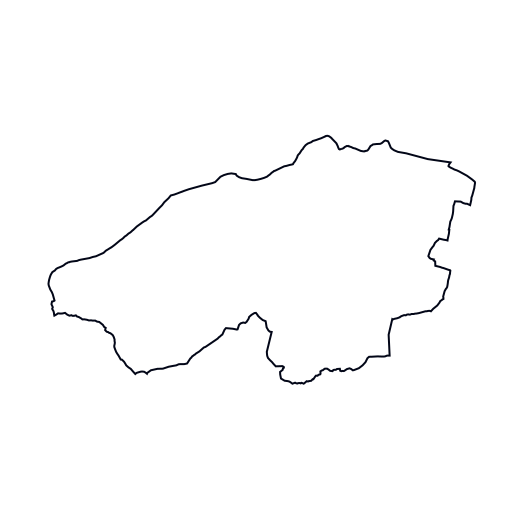 the district of Makete, Njombe, United Republic of Tanzania, rotated 106°
{"feature_id": "72390352B51873582002434", "entity_name": "Makete", "entity_type": "district", "adm_level": 2, "iso_a3": "TZA", "parent_name": "United Republic of Tanzania", "parent_adm1": "Njombe", "projection": "albers", "projection_center": [34.157, -9.274], "detail": "fine", "context": "isolated", "style": "outline", "palette": "ink", "viewbox_px": 512, "rotation_deg": 106, "n_neighbors": 0, "source": "geoboundaries", "source_scale": "gbopen_adm2", "svg_char_len": 6014}
<svg xmlns="http://www.w3.org/2000/svg" viewBox="0 0 512 512"><g transform="rotate(106 256 256)"><path d="M229.6,359.0L233.1,360.3L236.5,362.2L244.7,366.4L246.1,367.2L247.8,368.7L252.2,371.6L253.4,373.0L255.1,374.5L260.5,378.7L264.6,381.1L265.0,381.3L265.2,381.6L267.1,382.7L268.5,383.7L269.5,384.7L272.1,386.3L272.8,387.0L273.9,387.8L275.3,388.5L277.0,389.7L278.2,390.8L284.1,394.8L286.9,396.9L292.4,401.9L293.0,402.2L295.0,403.4L300.4,409.8L301.9,412.6L303.9,415.5L307.8,423.4L308.7,425.0L310.0,426.6L312.0,431.4L312.9,433.2L313.4,433.7L313.7,434.5L314.4,435.3L315.0,435.8L315.8,436.8L318.1,438.4L319.6,440.0L321.3,442.1L322.1,443.2L322.8,443.9L323.8,444.7L325.3,445.3L327.6,447.3L329.7,447.9L331.3,448.2L333.3,448.3L336.0,448.3L338.0,448.1L340.0,447.8L341.6,447.0L344.9,444.5L347.1,442.2L349.0,440.7L354.4,437.4L354.8,437.7L355.6,438.7L356.0,439.5L358.2,439.4L358.8,439.3L361.0,437.4L361.4,437.2L361.8,437.2L362.7,437.4L363.2,437.2L364.9,435.4L366.7,434.4L367.8,434.0L368.9,433.4L367.3,431.8L365.7,430.5L365.3,428.3L364.6,426.2L363.3,423.9L364.4,421.3L364.8,418.9L363.8,417.1L364.1,416.0L363.7,414.5L362.7,412.8L363.5,411.4L363.5,409.6L364.2,406.8L364.8,405.4L364.2,403.6L363.9,400.9L364.0,398.8L363.3,396.8L363.1,395.0L362.4,392.8L362.9,390.7L362.6,388.5L364.4,384.2L366.1,382.3L366.5,380.7L368.8,380.6L369.6,379.3L370.0,378.3L369.9,377.1L370.4,375.9L370.3,375.1L370.6,374.0L371.1,373.0L371.2,372.5L371.7,371.7L373.1,370.4L375.0,369.1L375.6,368.8L376.6,368.6L377.9,367.9L379.4,367.6L381.3,367.5L381.9,367.3L382.4,367.2L384.4,365.8L386.6,364.1L387.4,363.3L388.9,361.6L389.4,360.9L392.8,357.5L392.6,356.3L394.0,353.7L395.6,351.9L396.9,350.6L398.2,347.9L399.0,345.3L401.1,342.1L402.7,339.5L401.4,338.7L400.7,337.7L399.3,335.5L398.8,334.6L398.4,333.5L398.1,331.6L398.6,329.8L399.2,328.4L398.5,328.4L394.8,325.5L391.6,319.6L390.0,314.5L386.5,309.4L384.4,305.2L383.1,302.5L381.4,300.5L380.7,298.7L379.7,295.2L379.0,293.8L378.3,292.6L372.6,290.9L371.6,290.2L370.1,289.7L369.5,289.2L369.1,288.8L368.4,288.4L367.5,287.5L366.4,286.9L363.3,284.1L358.3,280.9L357.3,279.5L346.0,270.1L344.4,269.3L343.0,268.2L342.0,267.7L340.8,266.7L335.5,265.9L333.6,265.0L332.3,258.1L332.0,254.1L331.6,253.5L326.9,253.3L325.0,252.2L323.5,250.0L323.3,247.9L321.9,246.9L318.3,245.8L316.5,245.8L313.8,244.1L311.3,241.8L310.7,240.4L312.3,238.2L312.7,238.0L314.2,235.4L315.7,231.9L316.0,228.8L317.6,228.0L321.7,226.1L324.1,223.6L324.9,222.0L324.7,220.0L345.1,219.2L347.5,218.3L348.9,217.7L350.7,216.4L352.3,213.8L353.6,211.3L354.8,209.6L356.6,206.6L354.6,200.3L354.8,199.3L355.0,198.7L355.7,198.4L356.6,199.1L358.1,199.0L360.8,200.9L363.2,200.1L366.9,198.2L368.0,194.1L367.5,190.9L367.5,189.3L367.9,187.9L368.7,185.8L367.0,183.5L367.3,182.1L367.1,180.9L366.6,180.5L366.0,178.8L366.1,177.9L365.4,177.4L365.4,176.1L365.6,175.0L365.2,174.6L362.4,172.8L362.3,171.4L361.9,171.0L360.7,168.5L358.8,167.6L358.7,166.9L355.6,165.9L354.5,165.4L354.1,163.8L353.0,163.2L352.3,162.0L352.0,161.6L351.1,161.6L349.2,162.3L348.0,161.3L347.3,160.2L346.2,159.5L345.3,158.7L344.7,156.6L345.2,154.8L345.9,153.3L345.9,152.5L345.6,150.7L344.4,150.3L343.9,149.6L343.4,147.9L342.3,147.0L341.3,144.3L343.1,143.4L343.2,142.2L342.7,141.4L342.5,140.2L342.2,139.6L339.6,137.4L338.2,135.1L338.4,133.4L339.2,131.4L338.6,130.3L335.5,126.2L331.7,123.4L327.9,121.5L323.5,120.7L321.7,119.5L321.0,117.2L319.0,111.5L318.0,107.5L317.1,104.5L315.6,102.5L314.9,100.1L295.1,106.8L279.1,107.6L279.3,106.9L278.4,105.9L276.9,103.1L275.2,100.8L274.8,100.7L274.3,100.1L273.9,99.9L272.0,97.3L271.8,96.0L271.7,95.6L271.0,95.1L270.5,94.3L270.1,93.3L270.1,92.5L269.9,91.8L268.9,90.5L268.3,88.4L267.6,87.3L267.1,85.9L266.0,83.7L262.5,78.0L262.0,76.5L261.4,75.5L260.9,74.2L260.8,72.9L260.9,72.6L257.9,71.1L253.6,68.1L250.0,66.7L248.8,66.6L246.5,64.8L246.3,64.8L245.7,64.0L244.6,64.3L243.4,64.9L237.8,65.0L235.2,64.4L234.8,64.1L233.1,63.7L231.0,63.9L228.8,64.2L227.9,64.4L226.2,64.6L224.1,64.5L223.2,64.5L221.2,64.7L219.7,64.6L217.8,65.0L216.8,65.1L216.4,65.2L216.2,65.5L216.2,67.5L215.9,72.7L216.0,73.8L215.8,76.0L216.0,80.9L211.8,82.3L211.3,84.1L210.8,84.3L210.3,84.2L210.5,87.1L210.1,88.5L208.6,90.3L202.0,90.0L198.8,88.8L197.3,88.1L194.1,87.6L191.7,86.3L190.5,85.3L188.8,84.8L188.6,80.1L188.3,77.6L188.3,76.2L187.0,76.4L181.5,76.7L177.5,77.4L177.5,78.0L175.0,78.0L169.4,78.7L167.0,78.3L165.4,78.2L161.4,78.4L158.7,78.8L153.4,80.0L151.5,79.8L148.6,79.8L147.3,74.2L148.0,71.4L148.0,69.0L147.6,67.5L148.1,64.2L146.1,64.3L142.8,64.5L140.4,65.0L138.4,64.8L130.4,64.9L129.5,65.1L125.3,65.6L124.3,66.2L122.9,69.3L120.7,75.3L118.7,84.1L118.3,86.7L118.2,89.1L117.8,90.9L117.4,93.4L116.8,95.4L116.5,95.8L114.5,95.6L112.4,94.8L115.5,117.6L115.9,139.9L116.8,148.3L116.3,152.3L115.6,154.5L114.7,156.3L110.6,159.5L109.3,160.8L109.3,163.5L110.1,164.4L112.9,166.3L114.0,167.6L115.1,170.9L116.5,174.3L117.8,175.3L118.6,176.2L122.5,177.3L123.4,177.7L124.0,178.1L124.7,179.3L124.9,179.9L125.0,179.9L125.4,180.3L125.7,181.1L125.9,182.4L126.1,184.3L125.3,190.3L125.4,191.2L125.4,192.7L125.3,192.9L125.0,194.8L125.0,196.4L124.9,196.7L125.0,196.7L125.0,198.0L125.2,199.0L126.9,200.8L128.4,201.8L129.0,202.5L129.3,203.1L129.3,203.3L129.3,203.2L130.5,204.8L130.3,205.8L128.9,207.0L127.6,207.9L126.0,209.4L125.7,209.5L125.0,210.6L121.9,216.0L121.7,216.1L120.8,218.6L120.7,220.2L121.1,221.3L121.6,222.2L121.8,222.2L124.9,225.9L126.5,228.2L127.9,230.1L129.8,233.1L131.3,234.2L133.6,237.2L135.8,238.9L138.8,240.2L139.8,240.3L141.7,241.3L145.4,242.4L146.8,243.2L147.9,243.6L150.0,243.7L152.0,244.1L154.1,244.6L156.2,245.5L157.6,245.8L158.1,246.6L159.3,248.9L161.0,251.6L162.0,253.6L168.8,261.2L169.3,262.1L169.6,262.2L171.7,263.9L174.1,265.3L175.1,266.2L176.2,266.9L176.8,267.4L178.7,269.8L180.4,272.4L182.2,275.5L183.3,277.8L184.0,280.1L184.5,286.4L185.1,291.0L184.9,294.0L184.1,296.6L183.4,297.5L182.8,298.0L183.4,302.5L184.9,305.8L187.1,309.2L189.6,312.0L196.2,315.6L198.1,318.3L203.3,327.5L210.3,338.9L213.1,342.9L219.4,351.4L221.3,354.6L224.6,356.0L229.6,359.0Z" fill="none" stroke="#020617" stroke-width="2"/></g></svg>